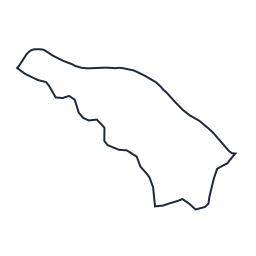 the district of Huichon City, Chagang-do, North Korea, rotated 174°
{"feature_id": "82179303B50455397600006", "entity_name": "Huichon City", "entity_type": "district", "adm_level": 2, "iso_a3": "PRK", "parent_name": "North Korea", "parent_adm1": "Chagang-do", "projection": "equal_earth", "projection_center": [126.213, 40.154], "detail": "fine", "context": "isolated", "style": "outline", "palette": "slate", "viewbox_px": 256, "rotation_deg": 174, "n_neighbors": 0, "source": "geoboundaries", "source_scale": "gbopen_adm2", "svg_char_len": 1011}
<svg xmlns="http://www.w3.org/2000/svg" viewBox="0 0 256 256"><g transform="rotate(174 128 128)"><path d="M24.0,91.4L27.2,92.0L29.9,94.4L43.9,114.5L48.5,119.7L56.4,127.8L65.0,133.9L71.3,139.9L76.6,146.6L77.9,148.2L86.1,159.4L88.9,162.4L90.9,165.4L95.4,170.6L106.8,178.9L116.1,184.6L127.4,188.2L130.6,188.8L134.2,188.8L143.9,190.4L161.6,191.5L167.8,192.7L173.9,195.2L177.0,197.3L185.4,201.5L195.0,207.7L203.2,214.3L205.9,215.3L212.6,216.1L215.8,215.6L218.2,214.4L220.9,212.3L229.7,201.4L232.0,199.3L224.6,192.5L212.6,185.1L204.6,182.2L201.9,177.8L199.3,171.9L196.7,166.0L190.0,164.6L183.3,166.1L178.0,161.7L175.4,148.4L171.4,142.6L166.1,139.6L158.1,139.6L151.4,130.8L152.9,117.6L150.2,113.2L139.6,107.4L131.6,105.9L122.3,98.6L119.7,88.3L114.4,81.0L111.8,76.6L109.2,66.3L109.3,56.0L109.3,47.2L101.3,47.2L94.6,48.7L86.6,50.2L81.2,51.6L74.6,45.8L69.3,39.9L59.9,41.4L55.9,44.3L54.5,50.2L50.4,61.9L47.7,69.3L43.6,78.1L36.9,81.0L32.8,82.5L30.1,85.4L24.0,91.4Z" fill="none" stroke="#1e293b" stroke-width="2"/></g></svg>